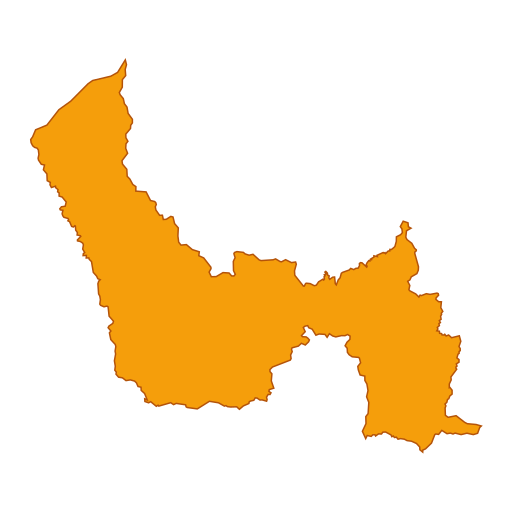 Chinchiná, Caldas, Colombia (Mercator projection)
{"feature_id": "7082276B13604936922856", "entity_name": "Chinchiná", "entity_type": "district", "adm_level": 2, "iso_a3": "COL", "parent_name": "Colombia", "parent_adm1": "Caldas", "projection": "mercator", "projection_center": [-75.645, 5.002], "detail": "fine", "context": "isolated", "style": "filled", "palette": "amber", "viewbox_px": 512, "rotation_deg": 0, "n_neighbors": 0, "source": "geoboundaries", "source_scale": "gbopen_adm2", "svg_char_len": 6044}
<svg xmlns="http://www.w3.org/2000/svg" viewBox="0 0 512 512"><path d="M403.2,221.2L400.3,226.6L401.9,228.9L402.4,232.6L400.6,234.7L396.4,236.8L396.3,241.4L394.9,246.5L393.8,247.6L391.4,249.5L389.9,249.4L389.8,250.9L388.2,251.0L385.6,253.6L385.0,252.6L384.1,253.1L383.2,252.5L377.0,255.3L377.4,256.6L373.9,255.8L373.9,257.2L372.0,258.2L371.7,259.2L371.4,258.6L370.3,259.3L369.9,261.0L368.8,260.6L367.1,262.7L366.1,264.9L367.1,266.2L366.7,267.1L362.0,262.8L360.5,262.6L359.4,263.5L359.5,265.7L358.1,268.2L355.9,268.3L353.8,269.6L350.7,268.4L349.2,270.0L342.5,272.4L341.3,273.3L340.1,277.8L338.3,279.8L336.3,284.9L335.3,283.7L334.6,277.0L332.7,277.2L329.7,279.3L328.8,277.8L329.2,275.9L327.6,275.0L327.4,273.1L325.8,271.4L324.9,272.1L326.1,274.0L324.3,274.8L325.1,275.8L324.1,276.7L324.4,279.2L323.7,280.0L322.9,279.2L318.6,281.8L316.3,285.2L314.3,285.7L310.2,283.6L306.5,283.2L305.6,283.5L304.3,286.1L303.4,286.1L294.8,275.3L294.5,270.9L296.3,264.2L295.6,262.0L291.5,262.6L285.6,259.7L281.5,261.8L280.2,261.6L275.6,258.9L273.1,259.8L261.1,260.6L259.3,260.0L253.0,254.3L249.1,255.2L245.1,253.9L243.4,252.4L236.9,251.6L234.5,252.5L233.9,253.7L235.1,257.7L233.3,261.4L233.5,270.6L235.3,274.3L233.9,276.0L231.6,275.9L229.1,273.0L223.0,272.6L216.2,276.6L211.3,276.7L209.1,272.1L211.0,268.7L210.9,267.2L203.7,257.9L198.8,255.7L199.3,251.8L192.3,249.6L186.4,244.6L181.0,245.1L178.7,242.2L177.9,236.0L178.3,227.9L174.6,223.6L173.0,217.0L170.8,216.4L166.3,219.3L163.3,219.5L162.4,215.2L159.6,215.3L155.9,210.0L155.3,206.8L156.3,204.5L155.7,202.5L154.6,201.5L150.5,200.5L146.1,191.9L135.8,191.1L135.9,186.6L132.8,184.5L129.9,179.1L127.2,176.3L126.8,169.3L122.5,164.1L122.0,160.7L127.6,153.3L125.7,148.3L126.0,143.8L127.9,141.3L125.9,137.7L125.8,134.1L130.5,128.5L130.7,125.3L132.4,122.9L132.4,119.3L128.1,113.4L127.0,107.1L124.4,103.7L123.3,98.6L120.1,94.7L119.3,92.5L122.3,87.2L122.4,79.6L125.7,75.6L125.2,69.4L126.5,64.7L125.3,59.9L117.6,72.4L110.8,76.2L92.7,80.5L88.2,83.6L70.7,101.2L58.9,109.7L46.9,125.1L35.6,129.8L32.6,136.9L30.7,139.5L31.1,142.7L32.7,145.8L34.6,147.4L37.0,148.1L38.3,149.8L38.9,154.4L38.1,158.2L38.5,160.1L41.3,164.3L44.5,165.0L43.4,169.8L46.9,173.9L47.2,180.7L50.3,182.4L50.0,184.8L51.4,187.5L55.5,186.2L55.7,187.7L58.0,189.6L57.6,191.8L59.1,192.9L59.1,196.1L62.1,197.0L66.2,202.0L65.2,206.2L61.4,206.8L59.8,208.8L60.3,209.9L62.9,210.3L62.1,213.8L62.8,215.8L63.9,217.3L68.1,218.5L68.6,219.6L67.9,220.8L69.6,221.7L71.6,226.4L73.4,227.0L74.9,225.7L75.4,226.1L75.7,230.1L77.4,232.6L77.1,235.0L80.4,235.7L80.8,236.4L77.4,239.9L77.5,240.9L80.3,241.5L82.7,243.1L83.4,244.8L82.7,249.1L84.7,252.5L83.3,253.7L83.1,255.6L86.4,255.4L86.2,258.0L88.8,257.9L89.2,259.3L91.5,261.6L93.3,272.4L96.6,276.1L97.8,278.7L100.2,279.7L98.7,281.2L97.9,283.7L98.6,293.9L99.8,296.1L100.4,299.7L99.8,304.1L100.6,305.3L104.0,306.8L106.9,306.1L108.1,306.8L109.1,316.2L113.5,321.2L112.8,323.4L108.9,326.1L108.1,327.7L110.9,331.0L109.4,332.8L110.8,339.6L115.3,344.5L115.8,346.6L115.1,351.1L115.6,354.0L114.4,360.8L115.3,366.2L114.8,370.2L116.3,372.1L116.0,374.2L118.6,377.2L122.4,377.8L126.0,380.6L130.3,379.9L134.6,381.1L136.4,382.8L138.0,386.5L141.0,387.2L141.2,390.4L144.6,393.5L147.2,399.9L144.7,398.8L144.9,401.5L148.6,402.8L150.7,401.7L156.3,406.3L158.1,405.2L158.8,406.1L170.7,402.7L173.6,404.6L176.2,403.4L185.6,404.8L186.1,406.8L187.2,407.5L197.3,408.9L209.4,401.3L218.5,402.8L224.4,406.1L226.0,405.6L227.4,406.6L230.5,407.0L236.7,406.8L239.4,409.3L243.4,405.9L248.9,403.5L249.1,402.0L250.3,401.1L253.8,400.3L255.2,397.9L257.1,398.1L259.9,400.0L262.1,399.9L266.6,401.2L267.1,399.7L266.5,397.1L268.2,394.4L270.0,394.5L271.0,392.8L268.9,391.4L269.3,389.6L273.8,388.2L271.3,380.9L271.9,373.8L270.0,371.6L269.9,369.6L272.5,367.0L290.3,360.1L291.1,358.6L290.6,355.0L292.2,351.7L291.5,349.1L292.1,347.8L298.4,346.1L301.4,343.3L305.3,345.0L308.6,341.8L309.4,339.9L307.8,338.1L306.1,336.9L302.4,336.7L301.5,335.6L305.2,331.7L303.3,327.5L304.9,326.2L307.7,325.6L308.7,327.7L312.2,329.2L315.9,335.2L319.1,334.0L325.0,334.4L327.1,337.3L329.4,333.7L332.7,336.0L335.8,336.9L341.6,335.6L345.0,335.7L347.6,334.5L350.1,336.1L349.9,339.4L347.0,342.2L345.1,345.8L347.2,348.3L347.4,352.3L349.1,354.7L352.2,356.8L358.5,357.4L359.4,358.1L360.6,362.8L357.8,366.4L358.3,369.8L360.1,375.0L364.8,376.1L364.9,380.5L366.9,384.0L368.0,390.6L366.6,396.8L368.8,402.4L368.1,413.6L365.8,416.6L366.0,423.6L362.4,431.3L365.7,438.6L367.2,435.5L371.2,436.4L372.8,434.8L375.0,434.8L375.6,436.0L378.5,433.9L381.5,434.0L382.8,432.2L385.6,432.0L391.0,434.9L391.8,436.7L393.3,436.0L394.4,437.5L396.4,437.2L398.0,439.2L400.5,438.6L404.4,439.2L407.0,440.6L411.5,441.2L416.5,443.5L419.7,447.0L419.9,449.8L422.7,452.1L422.8,450.1L425.5,448.9L431.5,443.1L434.8,434.6L435.8,434.0L438.6,434.4L441.8,430.4L447.0,433.7L450.4,433.1L453.0,434.0L455.1,433.1L461.1,434.6L466.9,433.2L473.3,434.6L477.6,433.3L479.7,427.5L481.3,426.0L476.1,424.5L467.3,423.7L464.6,422.3L456.1,415.7L448.1,417.3L445.4,415.3L445.1,407.9L445.9,405.9L445.0,404.0L446.8,402.4L447.5,399.5L448.8,398.7L449.8,396.0L452.1,394.1L452.1,390.2L449.8,387.3L449.3,387.6L449.3,384.0L451.2,379.9L450.9,377.0L456.7,369.2L455.9,368.1L456.0,366.9L457.0,366.1L456.3,363.9L459.0,362.2L459.0,359.6L456.9,357.9L458.0,354.2L459.1,353.4L459.1,351.5L460.2,350.7L460.2,348.6L459.0,346.5L460.8,341.3L459.3,335.8L451.6,337.7L448.6,335.0L446.1,336.0L444.8,334.3L444.3,335.0L442.0,334.9L441.6,333.6L439.6,333.3L439.4,331.2L436.8,330.8L437.9,329.0L437.3,327.4L439.4,325.6L438.9,323.6L440.4,322.6L439.3,320.6L441.1,319.3L440.6,316.1L441.6,314.5L441.3,313.2L442.8,311.4L440.8,307.7L441.4,301.8L438.6,301.7L435.9,299.4L436.1,297.9L438.6,295.2L438.2,293.6L437.0,293.1L430.1,294.4L426.3,293.7L421.4,295.6L420.1,295.1L418.9,297.0L415.7,293.9L409.8,290.8L408.9,289.7L409.8,285.5L407.7,281.3L409.9,279.9L411.3,276.8L416.9,273.6L418.3,270.2L418.5,266.8L414.8,253.5L414.8,252.1L416.3,250.8L416.3,249.8L414.6,248.4L411.8,243.3L407.0,239.6L405.8,237.2L406.5,230.8L411.0,228.2L408.4,226.8L408.0,222.8L403.2,221.2Z" fill="#f59e0b" stroke="#b45309" stroke-width="1.5"/></svg>